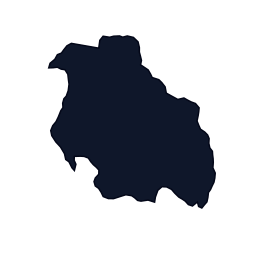 Sarutaiá, São Paulo, Brazil, rotated 345°
{"feature_id": "56859067B35433885833461", "entity_name": "Sarutaiá", "entity_type": "district", "adm_level": 2, "iso_a3": "BRA", "parent_name": "Brazil", "parent_adm1": "São Paulo", "projection": "orthographic", "projection_center": [-49.482, -23.259], "detail": "fine", "context": "isolated", "style": "filled", "palette": "ink", "viewbox_px": 256, "rotation_deg": 345, "n_neighbors": 0, "source": "geoboundaries", "source_scale": "gbopen_adm2", "svg_char_len": 1612}
<svg xmlns="http://www.w3.org/2000/svg" viewBox="0 0 256 256"><g transform="rotate(345 128 128)"><path d="M178.6,224.4L181.7,222.1L185.1,219.8L187.2,215.7L189.0,211.1L191.7,208.9L194.3,205.7L197.0,202.6L198.9,198.8L200.6,194.1L199.7,188.4L201.5,183.2L202.3,179.5L202.8,175.9L203.5,172.3L201.9,168.4L202.1,163.7L203.6,159.2L203.1,155.4L201.1,151.8L197.7,147.9L197.0,143.5L196.5,139.1L199.0,134.1L200.5,130.7L201.9,126.9L199.5,121.8L195.8,119.2L192.7,116.4L189.8,113.5L183.5,113.3L177.6,107.7L174.0,104.2L174.5,97.9L172.4,92.9L170.3,89.3L164.4,85.5L163.8,82.0L162.5,77.1L156.5,70.2L158.5,66.2L158.6,61.7L158.6,57.6L159.8,53.3L160.0,47.4L156.7,41.9L151.1,38.9L146.4,38.9L143.7,36.9L137.8,35.6L133.8,35.6L127.7,32.9L123.5,36.0L120.4,43.3L95.2,31.6L90.3,32.8L86.0,36.0L83.1,38.4L78.8,38.9L75.1,42.7L69.5,45.3L67.0,49.4L71.3,50.4L75.5,51.0L78.6,53.8L82.2,55.4L83.8,60.5L82.9,66.4L82.4,70.4L79.9,76.5L76.6,81.3L73.7,83.1L71.3,87.2L70.5,91.4L67.6,93.9L63.7,99.1L60.2,103.2L55.9,106.3L52.7,110.5L52.4,115.7L54.7,122.8L57.9,128.9L60.0,136.4L59.7,142.3L62.2,145.3L63.6,152.0L65.2,155.2L68.3,149.5L67.6,145.3L68.8,141.5L74.7,142.9L78.3,144.1L81.9,146.7L83.4,151.1L85.0,154.4L87.3,157.8L89.0,161.1L87.8,165.1L83.5,167.8L81.3,171.0L81.4,175.5L84.0,178.7L85.4,183.0L86.3,187.8L90.8,191.1L95.8,192.5L104.0,192.1L108.6,191.9L114.0,194.3L116.3,197.0L118.5,200.4L121.6,202.0L128.7,202.8L134.5,206.5L136.6,201.8L140.7,195.9L145.6,193.5L150.1,194.9L154.2,198.6L156.3,203.0L159.2,207.9L162.0,210.7L164.4,213.5L166.5,217.6L170.1,220.0L175.9,217.4L175.9,222.1L178.6,224.4Z" fill="#0f172a" stroke="#020617" stroke-width="1.5"/></g></svg>